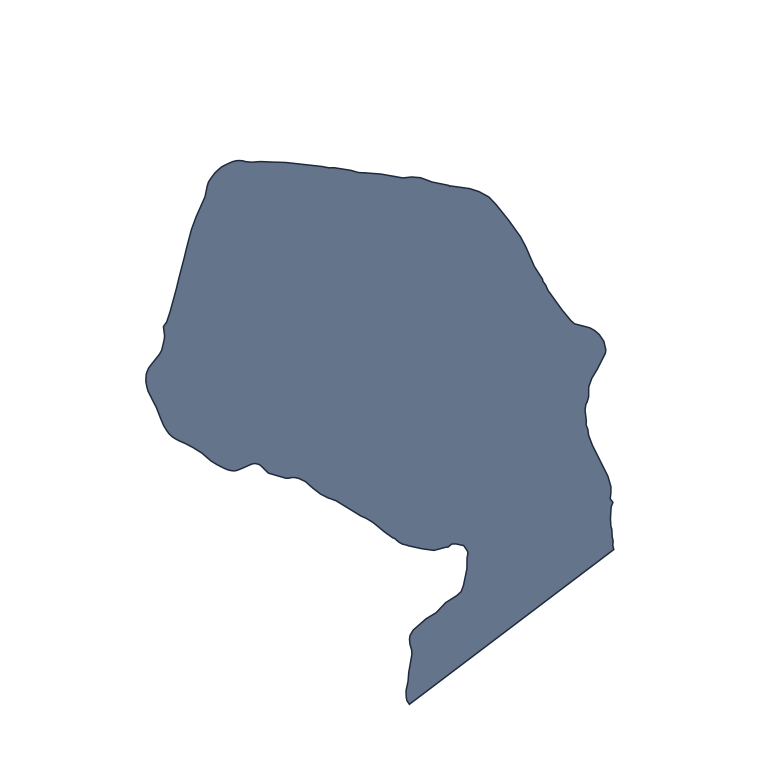 San Mateo Ixtatán, Huehuetenango, Guatemala, rotated 143°
{"feature_id": "79465075B68216544960730", "entity_name": "San Mateo Ixtatán", "entity_type": "district", "adm_level": 2, "iso_a3": "GTM", "parent_name": "Guatemala", "parent_adm1": "Huehuetenango", "projection": "robinson", "projection_center": [-91.419, 15.932], "detail": "fine", "context": "isolated", "style": "filled", "palette": "slate", "viewbox_px": 768, "rotation_deg": 143, "n_neighbors": 0, "source": "geoboundaries", "source_scale": "gbopen_adm2", "svg_char_len": 2415}
<svg xmlns="http://www.w3.org/2000/svg" viewBox="0 0 768 768"><g transform="rotate(143 384 384)"><path d="M556.5,112.9L300.1,113.5L298.3,117.6L295.7,120.4L293.5,125.0L289.5,130.8L288.5,133.7L284.1,140.3L276.6,149.1L272.4,151.7L272.4,156.2L268.5,160.3L264.6,165.3L260.7,175.5L254.4,209.8L251.4,220.0L248.5,225.1L247.2,229.7L244.5,232.9L239.2,242.1L235.1,246.2L232.6,247.4L228.3,250.6L222.2,258.5L214.6,263.5L204.6,267.5L188.7,275.3L186.3,277.7L182.7,285.9L182.3,294.0L183.5,299.7L185.8,305.0L195.6,317.4L196.6,322.2L197.2,335.8L196.7,359.9L195.3,366.0L195.3,370.2L194.3,372.4L193.2,387.4L188.1,408.5L186.4,419.6L185.9,439.6L186.5,460.0L187.7,470.2L192.3,480.4L197.9,488.4L211.8,502.3L212.6,502.4L212.9,503.8L224.0,516.3L230.6,526.7L237.2,532.6L244.9,537.2L260.0,553.4L272.3,564.3L274.2,565.8L276.6,567.8L277.7,568.9L281.7,574.4L293.7,586.8L297.9,589.8L302.5,594.9L329.1,620.0L336.0,625.6L337.0,626.3L348.8,636.0L355.8,640.5L360.6,644.7L361.4,645.9L362.8,647.6L365.4,649.8L367.7,651.3L371.4,652.8L377.2,654.1L382.6,655.1L387.0,654.9L391.7,654.4L397.1,652.9L402.6,651.0L406.3,648.3L414.2,641.3L433.1,630.8L444.8,623.3L454.6,615.6L461.5,610.1L466.9,605.6L484.6,591.6L492.2,585.3L511.3,570.5L520.1,564.4L525.6,562.6L530.4,554.3L533.1,551.5L541.3,544.7L545.7,542.8L557.5,539.8L562.6,538.3L565.3,536.7L567.9,535.0L570.4,532.2L572.9,529.0L575.1,524.5L576.8,520.1L578.6,510.2L579.9,502.4L583.1,491.1L585.0,483.4L585.5,478.2L585.7,473.9L584.8,469.0L583.5,465.5L581.7,461.7L578.5,456.0L574.8,448.2L571.1,438.6L568.5,426.6L566.0,420.3L563.8,415.7L562.2,412.5L560.8,410.1L559.1,407.8L556.9,405.5L555.4,404.4L553.4,403.5L548.1,402.0L538.1,399.7L536.6,399.1L534.6,397.9L532.8,395.7L531.9,394.2L531.4,392.2L530.2,383.5L529.9,382.3L529.2,381.3L519.4,368.2L518.0,366.9L516.2,365.8L515.0,365.3L513.4,364.4L511.7,363.1L508.9,359.9L505.5,353.4L503.4,343.2L501.0,334.4L497.4,327.0L492.6,319.7L482.0,292.7L479.0,287.3L476.1,280.0L472.5,265.0L469.6,255.9L468.2,253.7L468.0,251.8L467.1,248.2L465.6,245.0L462.5,241.2L461.9,240.1L452.6,229.3L444.2,221.0L432.1,216.1L431.3,215.2L426.2,215.4L422.8,213.0L417.6,207.0L417.9,200.4L419.0,198.1L422.2,195.3L429.1,186.4L441.8,175.3L447.3,171.8L453.2,171.2L466.2,172.3L480.0,170.0L491.6,171.2L508.8,169.9L514.4,167.6L517.3,164.8L519.9,160.5L522.0,155.0L524.3,151.4L537.8,138.8L543.7,132.1L551.0,125.8L555.0,120.1L556.3,117.0L556.5,112.9Z" fill="#64748b" stroke="#1e293b" stroke-width="1.5"/></g></svg>